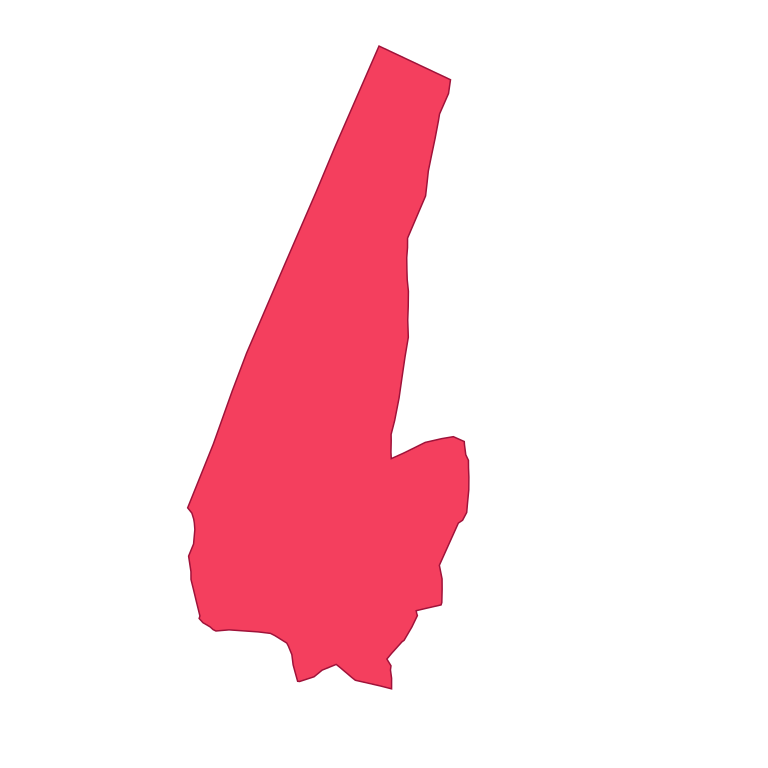 Tchirozérine, Agadez, Niger (Equal Earth projection), rotated 294°
{"feature_id": "23599985B66307714151869", "entity_name": "Tchirozérine", "entity_type": "district", "adm_level": 2, "iso_a3": "NER", "parent_name": "Niger", "parent_adm1": "Agadez", "projection": "equal_earth", "projection_center": [8.551, 17.383], "detail": "fine", "context": "isolated", "style": "filled", "palette": "rose", "viewbox_px": 768, "rotation_deg": 294, "n_neighbors": 0, "source": "geoboundaries", "source_scale": "gbopen_adm2", "svg_char_len": 1393}
<svg xmlns="http://www.w3.org/2000/svg" viewBox="0 0 768 768"><g transform="rotate(294 384 384)"><path d="M108.6,514.9L118.3,510.6L125.4,506.2L129.4,505.0L133.9,498.5L141.0,500.5L155.8,505.3L158.0,506.6L173.3,508.3L186.0,508.7L187.8,507.1L190.0,505.6L195.8,513.2L205.4,526.0L207.9,525.7L220.1,520.6L229.6,516.3L240.9,508.3L287.2,508.5L291.5,511.2L300.3,511.8L308.4,509.0L321.8,504.5L333.5,499.4L341.6,495.4L348.6,492.2L352.6,487.5L361.3,482.2L364.1,480.7L364.1,468.8L357.6,459.0L347.4,445.4L328.5,429.7L318.8,421.0L324.5,418.1L335.2,413.6L340.8,411.0L355.0,408.6L377.2,403.5L397.6,397.7L417.6,392.1L436.6,387.2L452.0,379.7L464.7,374.6L478.6,368.6L488.7,362.8L497.6,358.5L508.6,353.4L518.2,350.0L526.8,346.2L572.7,345.5L585.7,341.4L596.5,337.9L611.4,334.6L629.1,330.8L646.5,326.7L653.3,324.9L675.6,324.8L689.0,321.0L690.7,242.0L580.9,242.8L532.1,243.9L451.4,244.7L356.5,245.9L315.8,248.2L259.8,252.5L191.0,255.0L187.9,261.0L183.2,265.1L180.0,267.2L174.1,270.4L160.4,275.1L147.3,275.5L134.0,284.0L126.9,287.2L119.6,292.9L108.9,301.1L97.2,310.2L94.6,310.5L92.3,315.7L91.4,323.9L90.1,327.8L90.0,330.9L96.4,342.5L106.4,370.0L110.0,381.7L109.7,387.5L109.7,387.0L107.8,400.5L105.8,403.1L99.3,409.9L90.5,415.2L84.7,419.9L77.3,426.0L77.9,427.9L88.1,439.2L97.5,443.9L108.4,454.4L107.3,458.6L102.8,474.0L101.7,478.3L106.7,503.7L108.6,514.9Z" fill="#f43f5e" stroke="#9f1239" stroke-width="1.5"/></g></svg>